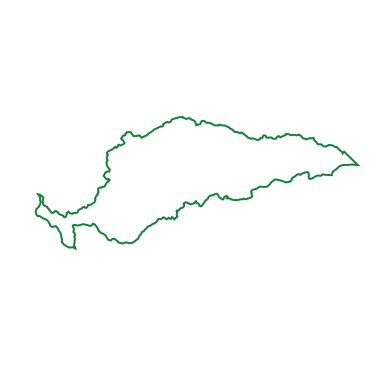 São Valério, Tocantins, Brazil, rotated 116°
{"feature_id": "56859067B12336080421503", "entity_name": "São Valério", "entity_type": "district", "adm_level": 2, "iso_a3": "BRA", "parent_name": "Brazil", "parent_adm1": "Tocantins", "projection": "orthographic", "projection_center": [-48.122, -11.769], "detail": "fine", "context": "isolated", "style": "outline", "palette": "green", "viewbox_px": 384, "rotation_deg": 116, "n_neighbors": 0, "source": "geoboundaries", "source_scale": "gbopen_adm2", "svg_char_len": 6073}
<svg xmlns="http://www.w3.org/2000/svg" viewBox="0 0 384 384"><g transform="rotate(116 192 192)"><path d="M89.1,72.9L89.9,73.5L91.1,73.5L90.5,74.3L89.8,76.5L89.6,77.8L88.1,81.9L88.6,82.6L88.7,85.3L88.5,86.4L89.1,87.5L89.7,89.6L92.0,91.1L92.9,92.5L93.1,94.5L92.5,96.8L93.1,97.7L93.8,99.9L93.3,101.2L92.6,102.1L92.1,104.1L91.5,105.3L90.4,106.0L90.2,106.8L91.6,108.3L91.7,109.5L92.3,110.3L93.1,110.6L94.7,112.6L94.3,113.4L95.1,115.6L94.7,116.8L93.9,118.0L93.6,121.3L94.6,121.7L95.2,122.8L95.6,124.9L96.3,125.8L96.6,126.9L97.5,127.8L97.7,129.0L97.5,130.0L98.2,132.0L98.8,133.0L99.8,132.9L102.3,135.1L104.0,136.4L104.2,137.4L103.7,138.3L104.2,139.1L105.8,139.9L107.1,139.8L108.5,142.0L108.3,145.1L110.5,148.4L109.3,150.6L109.2,151.4L109.5,152.3L110.3,152.7L112.3,152.4L113.3,154.1L114.6,154.1L116.5,155.4L117.0,160.6L117.4,161.4L118.4,162.2L118.4,164.5L118.6,165.9L118.0,167.0L116.7,173.5L117.8,174.4L118.3,175.3L118.2,177.2L119.1,179.5L118.9,181.8L118.2,182.8L118.3,185.5L117.7,186.7L117.9,191.9L118.9,193.7L119.2,196.2L119.7,197.1L120.6,197.2L121.0,198.5L121.9,200.1L122.2,202.0L122.0,206.5L122.7,207.4L122.9,208.4L123.5,209.6L123.4,210.5L122.8,211.4L123.0,212.7L124.1,214.4L127.5,214.4L130.0,217.5L128.9,217.8L128.5,218.9L127.1,220.8L126.8,222.0L127.3,224.0L126.7,225.9L127.2,227.4L128.9,229.3L129.1,232.7L128.6,233.5L129.6,234.2L129.9,235.6L130.8,237.0L131.8,237.7L135.1,241.6L136.2,242.0L137.2,241.8L138.2,242.0L138.9,242.6L139.9,243.5L139.9,245.0L140.9,246.0L142.3,246.6L143.3,247.5L145.4,246.9L146.3,247.5L146.7,248.7L149.2,250.8L151.0,252.0L152.4,253.5L153.7,253.9L156.7,255.4L158.5,256.8L159.5,256.9L160.8,257.5L161.6,258.0L162.1,258.7L163.1,259.2L163.6,260.0L164.5,260.5L165.4,261.4L164.7,262.3L164.2,264.3L166.5,267.0L167.0,268.4L167.2,269.7L165.2,273.1L165.4,274.1L166.8,276.7L167.9,276.8L168.8,277.5L170.0,276.9L171.0,277.5L171.4,278.4L172.3,278.9L173.4,278.7L174.2,279.2L175.2,279.0L175.9,276.4L177.6,274.1L178.4,274.2L179.4,274.7L180.2,275.6L181.3,276.2L181.7,276.9L181.4,278.0L181.9,278.8L183.4,278.7L184.8,278.9L185.5,279.5L184.9,280.4L186.0,281.2L188.6,282.4L190.2,283.4L191.6,284.8L193.1,285.5L193.9,285.5L194.9,285.2L195.3,284.0L198.4,283.7L199.9,282.6L200.5,281.8L202.3,282.1L202.9,281.5L204.0,281.1L205.4,280.2L206.1,279.2L207.1,277.6L207.2,276.6L207.9,275.8L208.9,275.4L210.1,275.6L210.5,276.8L211.1,277.6L212.1,278.3L216.2,278.5L217.1,276.4L217.8,275.3L217.9,272.9L216.9,272.6L217.3,271.4L218.7,271.4L220.7,272.6L221.5,272.8L225.2,273.0L226.0,273.5L226.4,274.7L227.7,275.2L228.2,276.4L229.0,277.2L230.0,277.8L231.9,276.9L232.7,276.0L233.9,275.9L234.8,276.2L235.8,275.6L236.7,276.2L240.5,276.4L241.1,275.4L244.0,275.1L247.5,277.2L248.9,278.7L249.3,279.7L251.2,279.5L252.4,279.9L253.1,281.1L252.6,282.3L253.8,283.7L254.8,283.7L257.4,285.7L258.5,286.2L259.5,285.9L260.5,285.9L261.2,286.5L262.8,289.4L264.0,289.8L264.7,292.5L263.8,294.2L265.8,295.5L266.6,294.9L268.8,294.6L270.0,294.7L270.6,295.5L270.6,296.5L269.9,297.0L269.7,298.0L270.1,300.5L269.8,302.7L269.0,303.6L268.8,306.1L269.9,307.1L270.9,307.2L272.0,308.3L272.2,309.4L270.1,313.3L269.5,315.1L268.8,316.1L269.1,318.4L268.4,320.4L267.3,320.8L266.4,322.0L263.9,322.5L262.6,323.1L261.8,323.9L261.1,327.9L261.6,329.3L262.7,326.8L268.2,323.4L269.3,323.1L271.5,323.2L272.7,323.3L275.8,324.4L278.0,323.9L279.4,323.2L280.9,321.2L281.2,320.4L280.4,318.2L280.8,315.9L280.9,312.7L280.6,310.7L281.6,308.1L282.7,306.7L283.1,305.7L284.3,304.8L284.7,303.3L284.6,302.0L283.6,301.3L282.4,299.3L283.0,298.5L283.1,297.4L284.5,295.4L285.2,294.7L285.7,293.5L287.2,291.5L288.7,290.3L290.5,289.2L291.1,288.4L292.0,287.7L293.5,287.4L294.4,286.5L294.6,285.5L295.4,284.4L295.9,278.9L295.7,277.9L293.8,274.7L294.0,272.0L293.0,272.8L292.2,274.2L291.3,274.8L287.9,275.7L287.0,276.4L285.6,276.5L283.8,278.2L282.6,278.2L281.5,278.6L280.6,279.1L280.5,280.0L279.9,281.2L277.4,281.4L276.8,282.0L275.0,284.2L274.1,284.2L273.2,283.4L272.5,280.9L271.7,279.2L268.7,275.9L268.2,274.2L268.0,272.8L267.5,271.5L267.5,270.1L267.2,268.6L265.8,267.4L263.9,267.2L263.8,265.7L264.0,264.4L265.2,262.2L267.6,258.9L268.5,256.6L268.8,255.1L268.4,253.9L268.8,250.9L271.5,246.8L271.7,245.7L270.9,243.4L269.6,243.3L268.6,242.4L268.1,241.1L268.9,237.0L269.6,236.3L269.4,235.0L268.6,231.4L266.9,230.4L266.7,229.5L265.9,228.6L265.9,227.7L265.3,225.6L264.7,224.3L263.5,223.1L262.2,222.2L257.7,220.1L253.5,219.9L252.1,219.4L250.0,219.4L247.9,218.0L246.7,217.9L244.7,217.0L242.8,216.7L241.8,216.1L241.1,215.0L238.0,213.3L237.0,212.5L236.6,211.7L235.6,211.5L234.8,210.9L232.9,210.5L231.8,210.7L230.5,209.9L230.3,208.5L229.4,207.6L227.4,206.7L227.1,205.3L227.5,204.2L227.7,202.8L225.4,201.7L225.7,200.4L225.4,199.3L224.5,199.1L223.4,199.1L223.4,198.0L224.2,195.7L222.4,195.4L221.5,194.6L220.6,194.4L218.9,196.0L216.9,196.3L216.2,197.4L215.2,197.4L215.4,196.4L211.2,194.9L210.4,193.7L209.2,193.1L208.1,193.0L207.2,193.2L206.5,194.2L205.2,194.2L204.3,193.4L203.5,191.9L203.9,189.8L203.7,187.7L200.9,184.9L199.7,184.9L198.6,184.5L199.7,182.8L199.6,181.7L200.3,179.8L201.2,179.4L201.2,178.2L200.4,177.3L199.4,176.9L196.9,176.7L195.4,176.2L194.1,176.2L192.9,175.7L191.9,174.9L189.7,174.9L187.3,174.1L185.9,172.0L185.0,171.1L183.8,170.6L182.8,169.2L182.7,168.1L184.8,165.2L185.3,161.2L184.7,160.6L182.2,160.7L181.3,160.2L180.4,159.0L180.6,158.0L181.5,158.1L182.3,157.7L181.2,154.8L181.5,153.5L180.7,150.5L179.4,147.6L177.3,145.3L176.8,143.9L175.5,143.0L175.0,140.6L170.9,136.3L169.4,136.0L168.3,137.2L167.0,137.7L166.0,139.0L164.8,139.1L163.7,138.5L162.4,137.4L160.9,135.6L160.0,134.8L157.7,133.8L155.8,129.4L154.6,127.4L154.0,126.8L151.9,125.7L148.4,125.0L144.4,123.0L144.0,122.2L142.7,116.9L142.3,113.4L142.3,112.0L140.9,109.9L138.9,108.0L137.8,107.8L135.6,108.1L133.1,106.5L130.0,105.0L129.1,103.7L129.2,102.3L126.9,100.9L124.5,98.5L123.8,97.4L123.5,96.1L124.4,95.1L127.9,93.4L128.7,92.3L128.2,91.2L126.3,89.4L124.5,88.3L122.1,86.3L121.5,85.2L121.4,84.0L120.8,83.3L118.7,82.0L118.1,79.7L115.6,73.8L112.0,74.4L110.4,73.6L109.1,72.7L104.1,70.6L102.2,68.9L101.0,67.3L99.7,64.5L97.0,59.9L95.1,54.7L89.1,72.9Z" fill="none" stroke="#15803d" stroke-width="2"/></g></svg>